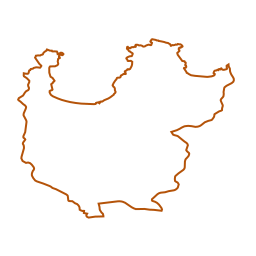 Kathu, Phuket, Thailand, rotated 87°
{"feature_id": "78962969B91269894651951", "entity_name": "Kathu", "entity_type": "district", "adm_level": 2, "iso_a3": "THA", "parent_name": "Thailand", "parent_adm1": "Phuket", "projection": "equal_earth", "projection_center": [98.291, 7.922], "detail": "fine", "context": "isolated", "style": "outline", "palette": "amber", "viewbox_px": 256, "rotation_deg": 87, "n_neighbors": 0, "source": "geoboundaries", "source_scale": "gbopen_adm2", "svg_char_len": 5670}
<svg xmlns="http://www.w3.org/2000/svg" viewBox="0 0 256 256"><g transform="rotate(87 128 128)"><path d="M187.0,80.3L185.7,80.9L185.0,81.4L183.9,83.2L183.3,83.8L181.3,83.9L179.0,83.5L178.3,83.0L175.9,79.9L172.7,74.9L171.5,73.8L170.2,73.4L164.4,72.9L162.6,72.3L162.1,72.0L160.2,70.0L158.8,68.8L157.0,68.2L156.2,68.4L154.2,70.4L153.1,71.0L148.3,69.1L147.0,69.5L146.0,70.3L144.4,72.4L138.8,78.6L138.4,79.4L137.5,82.2L137.0,83.3L134.2,84.9L132.7,79.2L131.4,76.2L130.5,74.6L129.5,72.2L129.2,71.1L129.0,67.8L129.5,64.4L130.4,60.6L130.3,58.3L129.8,56.3L129.0,54.8L126.3,51.0L125.1,47.5L124.4,44.1L123.8,43.4L121.7,41.7L120.4,41.2L119.0,41.0L118.7,40.8L116.2,36.2L115.5,33.8L115.1,33.2L113.2,33.0L111.2,32.3L110.2,32.2L106.3,33.7L105.0,34.0L104.0,33.5L102.0,31.5L101.2,31.0L99.0,30.6L97.1,30.7L93.1,29.8L92.4,29.4L91.0,27.4L88.6,22.1L87.3,20.4L85.9,19.8L84.4,19.8L83.1,20.3L79.9,22.1L78.3,22.7L76.9,23.1L73.9,23.2L71.9,24.2L69.8,24.3L70.9,26.2L72.3,26.3L73.5,26.0L74.1,26.1L74.4,26.6L74.9,28.9L74.9,30.0L74.3,31.2L73.5,31.5L73.3,31.8L74.3,32.7L73.9,33.5L73.9,34.0L74.9,34.6L74.5,35.3L74.5,35.7L75.1,36.4L75.2,37.8L75.4,38.5L76.1,39.1L77.6,39.7L77.9,39.6L78.7,38.5L79.4,38.7L79.9,39.1L80.3,40.0L80.8,41.8L81.1,45.5L81.0,47.1L79.4,58.5L78.6,62.3L77.2,64.6L76.3,65.7L76.0,66.5L75.0,66.8L71.3,69.0L70.9,68.8L70.7,67.1L70.0,66.6L68.8,66.8L68.3,67.5L68.0,67.6L67.1,67.1L65.7,67.0L65.1,67.8L64.3,68.1L63.9,70.3L57.5,74.5L55.7,74.9L53.7,72.6L53.0,72.6L52.4,73.2L51.1,73.1L50.5,72.4L50.6,71.2L49.9,70.8L49.8,69.7L49.5,69.3L48.9,69.4L47.9,70.2L47.2,71.2L47.1,72.4L46.7,73.9L47.4,74.8L47.1,76.1L47.5,76.9L47.7,78.3L47.5,79.5L48.1,80.4L48.1,81.0L46.6,81.5L45.8,82.8L45.2,83.6L44.8,85.5L44.0,87.4L43.2,90.4L42.8,92.2L42.7,92.8L42.3,93.0L42.0,94.9L41.5,95.6L40.6,99.2L41.0,100.0L41.6,100.1L42.6,101.1L43.3,100.9L44.2,99.6L44.6,99.7L44.9,100.1L46.0,100.2L46.4,100.6L46.4,101.3L45.9,102.7L45.9,103.3L46.5,105.4L47.4,107.0L47.5,108.4L47.3,108.9L46.7,109.5L46.1,111.0L46.1,112.7L45.4,114.0L45.3,115.5L45.3,115.8L45.7,116.2L46.9,115.9L47.3,116.1L47.4,116.5L47.1,117.3L47.6,118.1L47.4,119.8L47.7,120.1L47.9,121.1L48.4,121.4L48.1,122.5L48.6,123.2L48.8,123.3L48.7,123.5L47.9,123.3L47.4,123.6L46.9,124.0L47.1,124.6L48.5,124.9L49.2,124.6L49.2,123.8L49.8,123.8L50.8,123.3L51.4,122.8L51.8,121.8L52.2,121.6L53.6,119.6L54.0,119.4L54.8,119.6L56.4,120.5L56.5,122.6L57.3,124.9L58.1,125.9L58.6,126.0L59.7,125.1L60.9,124.8L61.1,124.4L61.1,121.6L62.1,120.3L64.8,120.6L66.5,121.2L69.1,122.8L69.6,123.9L69.3,124.5L69.2,125.0L69.4,125.4L69.7,125.3L69.8,125.8L70.7,126.9L70.8,127.6L71.3,128.2L71.9,128.3L73.1,127.4L73.8,127.4L74.0,127.9L73.8,129.7L74.5,130.7L75.3,132.4L76.5,132.7L77.0,133.1L77.3,134.3L77.2,135.5L77.4,136.3L78.1,136.8L78.8,137.0L79.8,138.1L82.2,139.9L84.2,141.0L84.8,141.1L85.2,140.7L85.9,140.5L86.6,139.6L87.7,139.1L89.7,139.1L91.3,138.5L92.1,138.8L93.4,140.3L94.0,140.5L96.3,143.9L97.5,146.1L99.0,150.3L100.2,152.2L100.3,152.7L100.1,153.2L100.2,154.0L100.9,154.3L101.5,155.0L100.7,155.6L100.8,155.7L101.5,155.7L101.1,156.3L100.9,157.3L101.3,158.6L101.9,158.7L102.3,159.2L102.4,160.8L101.2,173.4L100.3,178.8L99.1,184.3L97.9,188.4L96.5,192.6L94.8,196.6L92.5,201.2L91.2,202.9L90.5,203.5L88.4,204.4L87.0,204.3L86.6,203.6L86.2,201.9L85.7,201.4L80.3,202.4L80.0,202.2L79.3,201.0L79.0,200.7L78.5,200.6L77.5,199.2L77.0,198.9L74.1,200.7L72.7,202.7L68.7,203.7L63.9,203.5L62.7,202.9L62.4,202.5L62.6,197.7L61.6,195.2L60.9,194.6L60.3,194.3L57.7,194.7L56.4,194.3L55.6,194.3L54.9,193.6L54.8,192.8L54.5,192.4L53.8,192.5L53.4,193.2L52.4,193.2L51.7,192.5L51.3,191.7L51.3,191.1L51.8,190.1L51.8,189.5L50.8,188.6L50.5,188.7L49.5,189.9L49.3,190.9L49.3,191.4L49.9,192.4L50.0,193.1L50.4,193.9L50.5,194.4L48.5,194.7L47.9,195.0L47.6,197.5L47.6,199.2L47.4,199.8L46.8,200.0L46.7,201.8L45.3,204.9L45.4,205.0L46.1,205.0L46.4,205.2L47.2,206.8L48.2,208.1L48.9,208.7L49.9,209.1L50.2,209.5L50.4,210.8L51.0,211.9L50.8,214.1L51.0,216.2L52.0,216.5L52.7,217.1L53.1,217.0L59.3,213.2L61.3,211.3L61.5,211.3L62.9,212.3L63.2,212.7L62.8,214.7L62.6,216.6L63.1,219.1L63.8,219.9L64.0,222.0L64.5,222.4L65.1,222.6L65.3,223.5L65.9,223.9L67.7,224.3L68.6,225.2L68.5,227.0L67.9,229.2L70.1,229.4L70.9,229.2L72.9,226.5L75.6,224.1L77.0,224.2L79.5,225.5L80.8,225.5L82.8,224.8L83.8,224.9L84.9,225.6L86.0,227.9L87.4,229.2L90.1,231.1L92.5,235.5L93.9,236.2L94.5,235.9L96.1,233.9L98.6,231.5L100.2,229.5L101.5,228.7L102.1,228.7L103.4,229.1L107.8,231.3L109.1,231.6L110.0,231.6L113.6,229.9L115.2,229.2L116.5,229.0L126.8,230.9L130.5,232.8L131.4,233.0L132.1,232.9L133.5,231.5L134.2,231.2L136.9,233.4L137.8,233.8L138.4,233.8L139.8,233.1L141.6,232.9L142.9,233.0L151.1,235.8L152.7,236.1L155.4,235.0L157.5,231.7L157.3,230.2L157.3,229.3L158.0,227.6L159.6,226.0L162.1,224.3L163.3,223.9L164.0,224.0L164.8,224.3L165.8,225.2L166.8,225.7L168.2,226.3L169.9,226.5L170.8,226.3L173.1,225.2L175.6,223.4L176.6,221.7L179.0,215.6L181.9,209.2L182.7,207.9L183.9,206.6L185.4,203.0L191.1,193.1L192.1,192.0L192.7,191.7L197.1,191.4L197.6,191.1L197.9,190.5L198.2,187.4L200.4,184.8L201.3,182.8L202.5,181.7L203.6,181.0L204.7,180.6L207.1,180.5L207.7,179.6L208.2,178.5L208.6,177.5L208.4,177.1L208.5,176.2L210.6,176.5L211.4,173.3L212.7,174.1L213.5,174.2L214.6,173.5L215.4,172.0L214.8,165.4L215.0,157.2L214.1,157.2L212.3,157.6L211.0,158.9L208.5,160.3L207.8,160.5L205.3,160.6L202.0,161.3L200.7,142.2L200.7,140.4L201.0,138.5L201.4,137.1L202.5,134.8L207.3,128.5L208.6,126.3L209.4,124.4L209.7,115.8L210.7,110.6L211.1,106.4L212.4,98.8L211.1,98.3L209.6,98.8L206.1,101.1L204.3,102.9L203.1,104.8L202.0,107.6L201.3,107.9L200.4,107.8L195.6,102.0L194.7,100.3L194.3,98.6L194.1,94.4L193.2,90.6L192.6,85.3L192.1,83.8L190.9,82.1L190.1,81.4L187.0,80.3Z" fill="none" stroke="#b45309" stroke-width="2"/></g></svg>